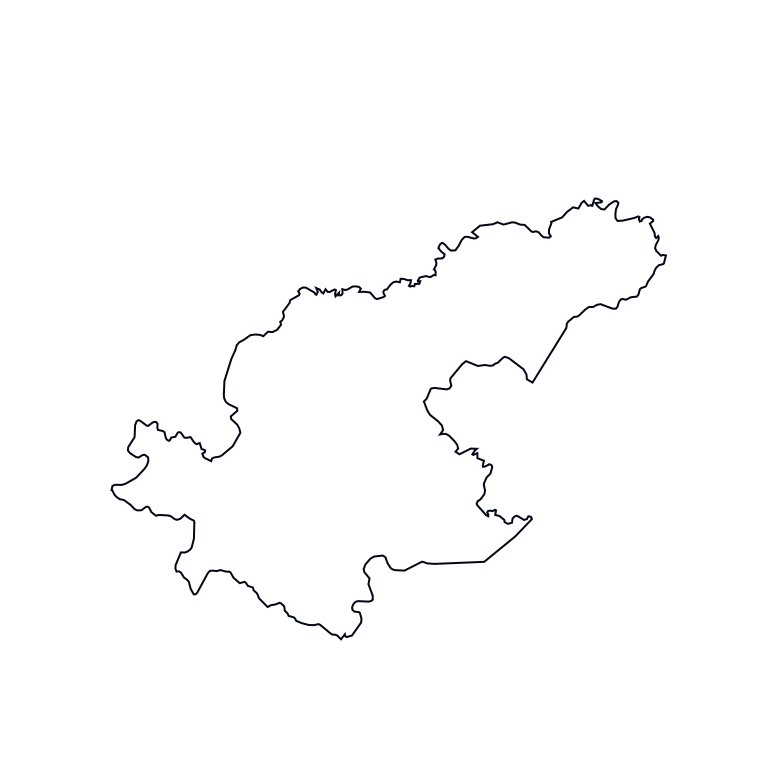 outline of Savanes, rotated 300°
{"feature_id": "CIV-3431", "entity_name": "Savanes", "entity_type": "Department", "adm_level": 1, "iso_a3": "CIV", "parent_name": "Ivory Coast", "parent_adm1": "", "projection": "albers", "projection_center": [-5.464, 9.628], "detail": "fine", "context": "isolated", "style": "outline", "palette": "ink", "viewbox_px": 768, "rotation_deg": 300, "n_neighbors": 0, "source": "natural_earth", "source_scale": "10m", "svg_char_len": 6166}
<svg xmlns="http://www.w3.org/2000/svg" viewBox="0 0 768 768"><g transform="rotate(300 384 384)"><path d="M351.7,240.3L359.5,243.9L362.6,247.9L364.7,252.4L364.9,255.5L371.3,257.4L373.2,261.5L377.5,264.4L383.9,265.2L386.1,263.0L387.7,263.9L390.7,264.0L392.7,263.5L396.0,260.4L407.0,261.7L409.8,260.9L418.4,266.0L420.0,265.8L421.3,263.4L424.2,263.7L427.1,265.6L428.4,268.2L428.4,278.0L427.3,280.0L427.5,280.8L430.8,280.6L433.2,277.3L433.7,281.0L432.2,284.2L432.1,286.2L436.8,286.0L435.6,289.2L436.6,291.0L441.1,293.9L441.4,295.3L437.3,296.7L435.7,298.2L440.5,299.4L438.1,300.5L439.5,302.6L441.5,302.9L445.3,300.5L446.1,303.7L448.0,305.4L452.5,307.9L454.4,310.6L455.6,313.9L455.0,316.3L451.3,316.4L454.0,320.8L456.3,326.1L453.8,333.4L454.0,335.4L459.1,340.2L460.7,340.8L462.6,338.0L463.9,337.2L465.9,337.5L467.3,339.2L472.9,339.9L476.4,341.0L478.8,343.2L480.0,346.9L483.4,345.8L484.8,348.4L485.7,352.5L487.4,355.5L484.5,356.5L481.4,356.6L481.4,357.9L482.9,359.3L483.8,361.4L486.1,360.7L488.4,364.5L491.1,364.0L489.8,362.2L490.4,361.6L494.0,361.7L498.4,366.3L499.7,370.7L503.0,372.4L504.0,374.3L506.9,372.7L508.6,370.4L508.4,370.0L513.2,369.7L515.3,368.6L517.5,366.2L519.5,367.9L522.0,371.7L524.1,372.4L526.6,371.7L527.3,367.4L528.9,363.1L532.6,362.7L535.1,363.5L535.5,364.4L535.1,367.5L533.4,372.1L533.0,375.3L535.5,379.0L541.2,379.6L547.5,379.3L551.7,380.3L553.3,382.9L554.8,388.7L556.0,390.6L558.4,391.8L559.5,384.4L569.1,388.0L576.9,398.5L580.7,401.3L581.9,407.9L587.8,413.8L589.2,416.3L590.1,422.1L592.1,426.3L589.8,435.5L590.2,437.1L592.2,439.2L592.7,442.2L591.3,446.0L590.9,448.9L593.3,453.9L595.4,454.6L597.0,451.4L600.3,449.7L606.9,448.6L607.9,447.7L617.4,455.0L624.6,456.5L631.5,459.4L633.2,464.6L639.8,464.6L642.6,465.7L640.4,471.7L642.9,474.4L641.6,475.5L648.1,473.9L650.1,473.9L651.3,476.7L651.4,481.3L650.1,481.5L646.4,476.7L644.7,480.9L644.1,484.8L645.4,487.7L651.7,489.2L657.2,491.9L658.6,493.8L658.2,496.2L656.3,497.0L651.4,497.5L647.1,499.3L643.4,501.6L642.0,504.7L644.8,509.0L652.9,517.7L656.3,520.5L656.3,521.8L654.1,522.4L652.7,524.3L653.6,524.6L653.8,525.5L656.0,525.3L658.5,526.5L660.5,528.6L661.3,531.0L660.9,534.9L659.7,535.6L655.8,534.1L650.3,542.5L647.0,545.2L646.5,546.7L649.2,547.5L647.8,549.1L645.4,549.7L640.1,549.9L637.1,550.9L635.4,553.3L633.6,559.7L635.3,561.2L636.3,563.9L628.3,566.1L627.4,565.8L624.3,562.6L620.8,561.6L617.2,561.7L614.1,562.5L604.6,561.4L600.0,562.0L598.8,561.6L596.0,559.0L594.1,558.2L588.3,559.7L586.1,559.2L582.5,554.4L577.9,551.4L577.0,548.2L575.7,546.8L572.6,546.5L567.2,547.6L565.1,547.1L563.5,544.1L561.4,531.6L559.1,528.9L555.3,526.6L553.0,522.8L548.9,521.0L540.6,518.6L539.1,517.7L537.0,514.9L530.6,512.5L527.9,512.1L523.7,513.9L459.5,511.9L459.5,505.4L463.5,502.6L466.5,497.4L468.8,479.3L468.0,475.1L466.7,474.1L459.3,471.9L457.3,470.2L454.7,469.1L452.9,467.1L450.9,461.9L446.5,456.2L444.8,443.6L440.2,441.8L422.2,438.7L419.9,439.6L416.2,443.2L412.8,442.9L410.7,441.0L405.9,429.8L403.8,427.2L402.8,427.0L392.6,428.3L388.8,427.3L382.9,434.5L380.3,439.2L378.7,449.6L377.0,454.9L373.7,458.2L368.3,457.8L370.7,460.5L371.8,463.2L371.8,466.2L369.6,474.0L367.8,478.0L365.1,480.5L361.1,479.8L360.9,484.5L371.4,491.4L374.3,496.8L371.0,495.8L367.2,495.7L367.2,496.8L370.8,499.4L366.5,502.0L367.5,508.9L362.9,510.3L361.8,511.2L363.6,513.2L367.2,515.3L367.5,517.5L366.2,519.3L359.6,521.0L354.6,519.6L348.4,520.2L346.7,520.8L342.2,524.8L338.7,526.0L332.5,525.3L329.2,523.7L326.7,524.1L325.7,525.3L321.5,537.9L321.6,540.4L323.0,539.7L324.4,537.6L326.1,537.7L327.3,539.0L328.3,541.7L330.6,543.1L330.6,544.2L326.2,545.8L327.4,550.1L326.4,556.2L324.7,557.5L324.9,561.3L327.8,564.2L331.8,562.6L334.6,563.3L336.0,564.5L336.4,565.4L336.3,573.3L338.6,575.3L341.2,575.1L342.0,575.7L342.3,578.1L340.9,579.6L317.7,573.9L280.1,559.7L253.4,517.6L250.3,511.2L249.4,506.3L248.7,505.5L232.6,495.0L228.2,486.4L227.7,483.5L228.1,481.4L230.7,476.5L234.7,471.8L234.8,468.7L229.8,461.9L226.1,459.6L218.3,458.1L213.4,459.0L211.2,461.1L208.4,468.7L202.9,470.6L195.2,479.9L191.7,482.1L189.9,481.5L187.9,479.6L183.0,470.1L181.2,468.3L178.7,467.6L175.0,467.9L172.7,469.5L172.1,472.2L173.9,476.4L173.6,477.7L169.4,481.9L166.0,483.5L150.1,482.0L146.1,478.1L146.3,476.4L147.7,475.3L141.4,474.4L142.8,469.4L142.5,467.0L141.1,464.5L141.3,462.1L143.5,449.1L143.2,447.2L140.2,444.0L137.7,439.4L135.7,432.0L135.0,426.4L136.5,424.1L136.8,422.6L135.5,417.3L137.0,415.4L138.1,411.4L141.1,409.2L141.8,408.1L142.6,404.2L142.4,403.1L138.5,399.9L135.9,396.7L132.7,394.8L135.9,383.0L139.1,378.9L140.2,374.2L142.2,372.2L141.1,367.0L142.6,364.3L142.9,362.1L139.4,358.6L140.9,350.7L144.1,345.2L144.2,344.1L142.5,340.9L141.1,335.4L138.4,332.7L136.3,328.2L135.0,326.7L132.1,326.0L109.8,326.6L107.7,326.0L106.7,324.4L110.0,318.9L115.1,313.9L116.0,311.3L116.4,307.6L119.2,302.2L119.2,299.9L117.8,298.2L119.9,295.6L123.0,294.1L136.6,292.3L138.4,295.7L140.5,297.5L143.8,299.0L146.2,299.2L155.1,296.7L169.4,288.9L170.6,287.8L170.3,283.8L171.0,276.6L165.5,275.0L162.9,272.7L162.3,270.3L162.9,265.6L162.2,262.7L158.0,254.5L155.9,252.4L156.7,246.7L159.5,242.4L159.5,240.5L158.5,239.2L153.4,237.1L151.2,233.6L150.9,230.6L152.6,224.9L153.5,216.8L152.1,212.6L152.4,209.3L153.3,206.0L156.2,201.7L155.9,201.1L159.8,199.8L162.1,201.3L165.6,207.5L168.2,209.9L178.9,216.2L191.2,219.1L194.9,219.3L199.2,218.6L202.5,216.4L203.1,212.2L201.8,210.5L197.6,208.2L196.7,205.7L197.1,198.8L198.3,195.5L201.3,194.1L213.2,194.6L224.0,189.0L228.2,188.4L230.0,189.5L230.2,191.9L229.3,199.3L229.8,200.7L235.0,202.9L236.6,204.3L237.2,205.7L236.3,207.8L232.6,209.7L231.2,211.3L232.7,215.9L232.5,218.0L228.1,222.1L227.3,223.5L227.2,226.2L228.1,226.7L231.2,226.5L234.0,229.7L238.6,229.7L239.6,230.3L240.4,232.1L237.8,237.9L238.4,239.6L241.3,243.0L238.6,248.5L238.1,251.7L240.7,253.9L236.4,258.6L237.2,261.5L236.8,262.4L235.3,262.9L232.9,261.5L230.7,263.9L230.3,266.3L230.8,272.9L233.5,272.3L235.4,273.6L238.8,277.8L241.2,279.3L254.4,284.1L270.0,284.0L273.3,280.7L275.4,277.3L277.3,269.1L279.3,267.5L287.5,270.4L289.5,268.8L288.8,259.1L289.5,255.8L291.6,252.9L294.2,250.9L306.8,244.3L329.3,239.3L339.1,238.3L343.9,237.1L347.8,237.8L351.7,240.3Z" fill="none" stroke="#020617" stroke-width="2"/></g></svg>